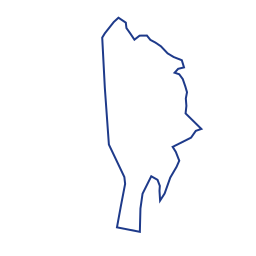 the district of Ilha das Flores, Sergipe, Brazil, rotated 118°
{"feature_id": "56859067B72212955782696", "entity_name": "Ilha das Flores", "entity_type": "district", "adm_level": 2, "iso_a3": "BRA", "parent_name": "Brazil", "parent_adm1": "Sergipe", "projection": "orthographic", "projection_center": [-36.559, -10.46], "detail": "fine", "context": "isolated", "style": "outline", "palette": "blue", "viewbox_px": 256, "rotation_deg": 118, "n_neighbors": 0, "source": "geoboundaries", "source_scale": "gbopen_adm2", "svg_char_len": 712}
<svg xmlns="http://www.w3.org/2000/svg" viewBox="0 0 256 256"><g transform="rotate(118 128 128)"><path d="M94.4,62.8L88.1,84.0L81.1,86.8L74.8,90.8L68.7,92.7L64.5,96.8L59.1,102.6L56.5,108.0L57.3,112.8L52.2,111.5L48.2,107.0L42.9,112.3L43.9,121.0L43.5,128.1L40.4,137.3L39.7,144.0L39.7,149.6L37.5,154.7L41.0,161.1L47.0,163.8L43.4,170.5L40.5,176.3L36.0,179.4L35.1,188.2L41.0,190.3L55.2,192.9L60.3,193.2L103.6,167.2L151.6,137.1L173.0,108.2L178.7,104.3L199.8,97.8L220.9,91.1L214.1,68.8L193.3,79.2L179.2,84.3L159.7,84.8L159.9,77.6L164.2,72.7L168.7,70.7L177.0,65.6L168.7,64.9L151.9,67.4L139.5,66.9L132.8,67.4L126.7,74.5L123.7,79.7L106.9,67.8L98.7,66.8L94.4,62.8Z" fill="none" stroke="#1e3a8a" stroke-width="2"/></g></svg>